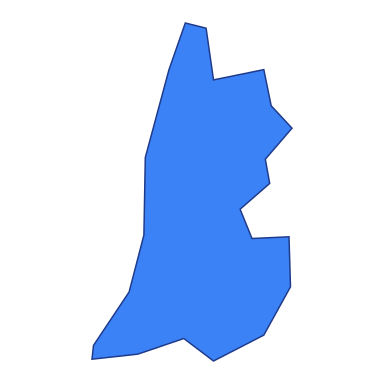 the border of Lobatse
{"feature_id": "BWA-5503", "entity_name": "Lobatse", "entity_type": "Town", "adm_level": 1, "iso_a3": "BWA", "parent_name": "Botswana", "parent_adm1": "", "projection": "robinson", "projection_center": [25.686, -25.205], "detail": "fine", "context": "isolated", "style": "filled", "palette": "blue", "viewbox_px": 384, "rotation_deg": 0, "n_neighbors": 0, "source": "natural_earth", "source_scale": "10m", "svg_char_len": 400}
<svg xmlns="http://www.w3.org/2000/svg" viewBox="0 0 384 384"><path d="M185.3,23.0L206.1,28.2L213.5,79.9L263.8,69.6L271.2,105.8L292.0,128.2L265.3,159.2L269.7,183.4L240.1,209.2L252.0,238.5L289.0,236.8L290.5,286.8L263.8,335.1L213.5,361.0L183.8,338.5L137.9,354.1L92.0,359.2L93.5,345.4L129.1,292.0L143.9,235.1L145.3,157.5L169.0,69.6L185.3,23.0Z" fill="#3b82f6" stroke="#1e3a8a" stroke-width="1.5"/></svg>